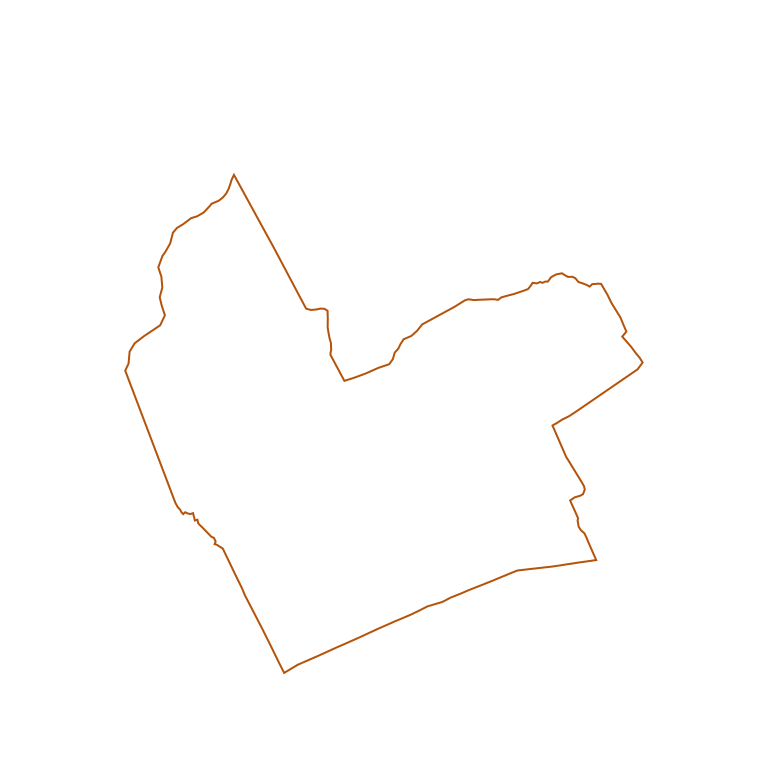 outline of Doun Kaev, Takêv, Cambodia, rotated 242°
{"feature_id": "14789045B36227834850403", "entity_name": "Doun Kaev", "entity_type": "district", "adm_level": 2, "iso_a3": "KHM", "parent_name": "Cambodia", "parent_adm1": "Takêv", "projection": "mercator", "projection_center": [104.801, 10.986], "detail": "fine", "context": "isolated", "style": "outline", "palette": "amber", "viewbox_px": 768, "rotation_deg": 242, "n_neighbors": 0, "source": "geoboundaries", "source_scale": "gbopen_adm2", "svg_char_len": 2350}
<svg xmlns="http://www.w3.org/2000/svg" viewBox="0 0 768 768"><g transform="rotate(242 384 384)"><path d="M517.3,161.8L377.0,144.0L372.3,144.1L368.6,145.0L365.7,145.0L363.4,145.6L364.1,148.2L362.0,149.8L360.1,151.9L359.6,154.8L357.0,154.1L354.7,153.6L352.3,152.9L351.8,155.5L348.1,154.6L345.7,155.2L343.2,156.1L330.0,159.9L328.1,161.6L324.0,161.4L322.1,159.3L320.5,160.9L314.4,164.4L282.3,163.1L269.7,162.7L263.1,162.0L225.3,161.6L203.3,161.0L185.8,160.4L175.8,160.2L176.6,176.0L174.9,198.1L173.7,217.5L171.9,241.6L170.7,263.5L169.3,282.4L167.8,299.0L167.4,308.9L167.3,314.4L167.3,317.7L164.2,333.1L164.1,342.7L162.9,353.4L162.2,362.1L159.5,386.2L157.8,403.8L156.8,413.8L155.0,418.6L143.5,447.7L135.5,470.6L128.9,488.7L148.8,490.2L152.7,490.6L157.9,490.9L162.5,489.2L166.7,488.9L172.5,490.8L174.3,492.3L180.3,492.8L190.3,493.4L193.8,493.7L194.4,499.0L193.2,505.1L193.3,508.0L196.5,511.7L199.7,512.6L204.3,512.5L230.5,510.9L233.8,510.6L268.3,513.3L268.4,518.5L268.9,524.2L268.7,532.1L269.3,539.0L277.9,614.8L281.5,622.4L286.7,622.1L293.2,620.8L300.7,619.7L314.0,616.6L316.5,622.6L322.4,623.1L331.9,624.0L348.1,622.9L358.2,623.2L370.5,622.7L372.1,620.1L372.9,618.1L374.4,614.8L373.5,611.3L376.4,609.4L380.0,606.3L382.7,603.6L387.6,602.6L390.2,600.7L392.2,596.7L395.3,594.7L398.2,593.1L399.9,587.6L399.9,581.8L397.5,576.7L398.7,574.6L398.9,571.4L400.8,569.8L401.0,566.3L403.6,562.7L402.1,560.1L400.2,555.7L400.8,551.1L402.4,541.3L404.4,532.8L405.4,528.2L404.7,524.3L407.1,521.1L409.3,516.8L411.1,512.9L413.2,508.6L415.9,502.8L419.2,498.3L419.9,494.8L419.0,481.8L418.9,467.0L418.7,445.7L415.4,438.1L413.6,430.6L414.3,422.4L411.5,417.3L408.5,413.2L406.6,408.1L401.8,403.5L399.0,397.9L399.7,393.7L400.9,386.5L401.9,372.4L403.6,360.2L405.4,350.5L434.9,350.4L437.1,351.8L439.1,353.5L441.7,354.7L445.2,356.4L450.3,357.5L455.4,359.1L460.6,360.9L468.0,365.0L475.1,368.5L478.3,366.8L480.4,363.3L481.6,359.1L483.7,354.2L487.1,350.6L556.0,350.7L639.1,349.7L635.6,345.0L633.0,342.5L629.5,338.7L626.3,334.2L624.4,329.5L623.4,324.0L624.1,316.5L622.8,313.3L620.1,305.3L619.8,297.7L621.0,291.6L619.4,281.7L619.0,274.5L616.7,268.7L608.5,261.2L603.0,252.5L601.3,248.8L593.0,239.5L583.2,237.8L573.3,233.6L565.9,226.7L557.8,224.6L547.5,222.8L540.9,213.9L539.0,195.0L537.0,182.9L532.0,174.6L521.9,168.0L517.3,161.8Z" fill="none" stroke="#b45309" stroke-width="2"/></g></svg>